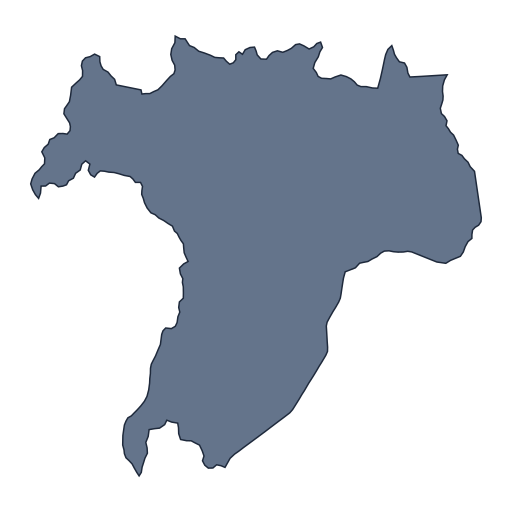 outline of Barrolândia, Tocantins, Brazil
{"feature_id": "56859067B29038650995578", "entity_name": "Barrolândia", "entity_type": "district", "adm_level": 2, "iso_a3": "BRA", "parent_name": "Brazil", "parent_adm1": "Tocantins", "projection": "mercator", "projection_center": [-48.818, -9.896], "detail": "fine", "context": "isolated", "style": "filled", "palette": "slate", "viewbox_px": 512, "rotation_deg": 0, "n_neighbors": 0, "source": "geoboundaries", "source_scale": "gbopen_adm2", "svg_char_len": 4291}
<svg xmlns="http://www.w3.org/2000/svg" viewBox="0 0 512 512"><path d="M225.0,467.4L230.1,458.3L234.6,454.1L238.9,451.1L244.1,447.1L250.9,442.1L259.4,435.8L266.1,430.8L270.4,427.5L278.6,421.3L283.3,417.8L289.8,412.8L292.6,409.6L296.0,404.2L299.3,398.9L301.8,394.6L304.4,390.6L308.7,383.2L311.1,379.5L314.0,374.9L316.6,370.6L319.1,366.3L321.4,362.7L325.8,355.3L327.5,351.4L327.6,347.2L327.2,341.5L327.0,337.7L326.6,330.9L326.3,326.0L327.1,322.2L329.5,317.7L332.9,311.7L335.6,307.4L338.7,302.0L340.3,298.2L341.0,294.3L341.9,288.1L342.7,282.9L343.5,278.0L345.2,271.8L355.4,267.8L359.6,263.2L363.7,262.3L367.9,261.5L372.1,259.0L377.0,256.6L380.6,253.2L384.3,251.1L389.0,250.8L393.4,251.7L398.1,252.1L403.3,252.0L407.7,251.3L411.6,251.9L436.8,262.0L445.8,263.3L450.5,260.4L454.8,258.6L460.4,256.3L463.3,252.0L465.2,246.7L468.0,241.6L471.9,238.4L471.9,234.6L472.6,230.0L475.1,227.3L478.6,225.2L481.0,221.7L481.3,217.8L474.5,171.3L470.2,166.7L468.0,162.2L464.4,158.8L461.9,155.4L458.2,153.4L457.4,149.2L458.3,145.2L456.1,140.2L453.6,135.1L450.5,132.2L448.4,128.7L446.0,125.7L447.0,120.8L444.5,116.5L441.4,113.6L440.3,108.3L441.8,103.7L442.9,100.0L443.1,96.1L442.5,91.5L442.7,85.9L444.4,79.9L447.2,74.8L421.4,76.4L409.9,77.0L407.9,73.1L406.9,67.3L404.5,63.0L399.4,61.8L396.5,57.8L394.5,54.3L393.4,50.2L391.8,45.6L387.9,49.4L385.7,54.5L384.5,59.5L383.7,63.4L382.4,69.6L380.4,78.5L377.7,88.2L372.6,88.0L366.2,86.6L360.9,86.6L357.2,85.1L354.4,81.8L350.9,78.9L346.4,76.6L340.9,75.0L335.0,77.0L330.7,78.9L326.2,78.5L321.6,78.3L318.1,76.4L316.3,72.5L313.2,68.4L314.8,62.6L318.3,56.8L319.9,51.8L322.5,47.5L320.6,42.1L316.8,43.5L313.8,46.8L309.1,49.0L303.8,45.8L299.5,43.9L295.6,44.6L291.4,48.3L287.5,50.4L282.8,52.3L277.4,50.8L272.5,52.4L269.0,55.6L266.5,59.2L260.9,59.0L257.2,54.9L256.1,51.0L254.5,47.1L250.0,47.5L245.2,49.7L242.5,54.3L238.9,51.8L235.8,54.7L235.8,59.7L233.3,62.8L229.7,64.2L226.4,61.3L223.6,58.0L219.5,57.8L214.8,57.4L210.5,55.3L204.4,53.0L198.7,51.2L194.2,47.5L189.5,45.6L187.2,42.1L185.1,38.8L180.4,38.8L175.2,36.1L174.9,42.7L171.7,48.7L170.8,54.5L172.1,60.3L174.7,65.2L175.1,70.0L173.9,73.7L170.4,76.4L166.8,80.3L162.1,85.7L157.9,89.8L153.5,91.7L149.8,93.6L145.8,93.6L141.9,94.0L141.0,89.9L116.3,84.9L114.6,79.3L111.1,76.0L108.0,72.1L103.2,69.4L101.1,65.9L99.9,61.8L99.7,56.6L94.6,54.1L90.2,56.6L85.5,57.8L82.4,61.1L81.4,65.7L82.6,70.6L82.5,76.4L79.6,79.9L76.1,83.0L71.6,87.2L70.6,95.4L69.4,101.7L66.8,105.5L64.5,108.7L63.9,113.8L66.9,118.6L69.6,122.9L70.4,126.6L70.0,130.7L67.1,134.1L63.0,133.5L58.2,133.6L54.1,137.8L49.8,139.5L48.2,144.2L44.3,147.5L41.8,151.8L44.8,157.9L44.5,163.8L41.7,166.7L39.2,169.8L35.0,173.3L32.1,178.9L30.7,183.9L32.7,189.8L35.4,194.6L38.6,198.4L40.5,193.1L41.1,186.1L45.6,186.0L49.4,183.1L54.5,183.6L58.4,186.8L62.9,186.1L66.5,184.8L68.6,180.8L73.4,178.2L75.6,173.3L80.2,170.0L81.8,164.2L85.6,160.8L89.9,164.1L88.3,170.3L90.7,174.8L94.5,177.1L97.2,173.3L100.3,170.9L104.4,171.2L108.7,172.1L114.1,172.5L119.1,173.8L124.2,175.4L130.1,176.5L132.9,179.0L135.4,182.4L140.5,182.4L142.5,186.4L141.9,190.6L141.7,194.4L143.3,198.4L144.5,202.7L147.2,208.1L150.9,212.8L155.2,214.7L158.8,218.0L163.7,220.5L168.2,223.6L172.4,226.1L174.5,231.1L177.3,233.5L179.1,237.2L181.0,240.5L183.4,243.8L183.7,247.8L184.2,252.8L186.0,257.0L188.1,261.5L183.7,263.9L179.4,268.1L180.4,273.9L182.8,278.6L182.4,282.5L183.3,286.8L183.4,293.0L183.3,298.2L179.4,301.9L178.7,307.5L179.8,312.1L177.9,316.8L177.1,322.5L175.3,326.3L171.4,328.6L165.7,328.0L163.0,330.8L161.7,334.4L161.2,338.3L160.4,344.5L158.2,349.5L155.5,356.0L153.3,360.2L151.3,364.2L150.5,368.3L150.4,373.5L149.8,378.7L149.6,383.2L148.7,389.9L147.0,396.4L144.4,401.3L140.9,405.8L136.8,410.3L134.1,413.0L131.3,415.9L127.9,417.8L126.0,421.1L124.4,425.0L123.6,430.4L122.9,435.4L122.8,439.7L122.7,445.0L124.0,449.9L124.4,453.7L126.0,457.8L129.1,460.7L132.1,463.9L134.6,468.6L136.8,472.4L139.1,475.9L141.3,472.4L142.1,467.2L143.7,462.2L144.9,458.3L147.4,453.2L147.1,447.9L145.8,442.4L148.2,436.4L149.1,429.6L154.3,428.7L159.6,428.1L164.7,424.6L166.8,420.2L171.7,422.1L177.7,423.1L178.5,427.7L178.7,433.7L180.6,439.5L186.5,440.7L191.2,440.8L194.5,442.6L199.5,445.1L202.2,450.8L204.0,456.0L202.5,460.8L204.8,465.2L208.3,468.1L212.9,468.0L216.6,464.8L221.0,465.7L225.0,467.4Z" fill="#64748b" stroke="#1e293b" stroke-width="1.5"/></svg>